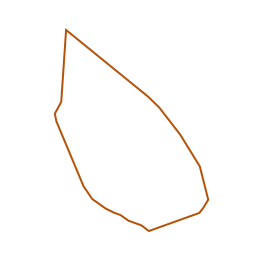 an SVG outline of Al Fayyum, rotated 83°
{"feature_id": "EGY-1542", "entity_name": "Al Fayyum", "entity_type": "Governorate", "adm_level": 1, "iso_a3": "EGY", "parent_name": "Egypt", "parent_adm1": "", "projection": "orthographic", "projection_center": [30.723, 29.357], "detail": "fine", "context": "isolated", "style": "outline", "palette": "amber", "viewbox_px": 256, "rotation_deg": 83, "n_neighbors": 0, "source": "natural_earth", "source_scale": "10m", "svg_char_len": 396}
<svg xmlns="http://www.w3.org/2000/svg" viewBox="0 0 256 256"><g transform="rotate(83 128 128)"><path d="M232.8,119.9L226.3,126.5L220.0,138.9L213.4,146.2L210.4,152.1L205.3,159.9L194.2,172.1L180.5,179.2L112.6,198.3L104.9,198.9L94.0,191.1L23.2,177.5L99.6,104.0L111.5,94.5L140.9,77.0L174.9,61.4L208.9,57.1L216.5,63.0L221.0,67.6L232.8,119.9Z" fill="none" stroke="#b45309" stroke-width="2"/></g></svg>